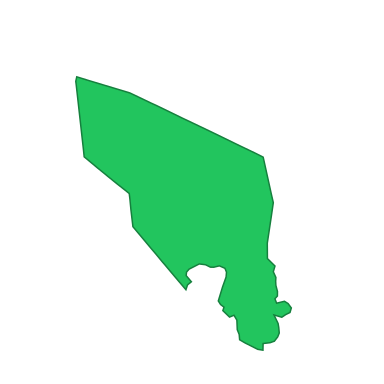 outline of Sanharó, Pernambuco, Brazil, rotated 134°
{"feature_id": "56859067B24709648892908", "entity_name": "Sanharó", "entity_type": "district", "adm_level": 2, "iso_a3": "BRA", "parent_name": "Brazil", "parent_adm1": "Pernambuco", "projection": "robinson", "projection_center": [-36.53, -8.368], "detail": "fine", "context": "isolated", "style": "filled", "palette": "green", "viewbox_px": 384, "rotation_deg": 134, "n_neighbors": 0, "source": "geoboundaries", "source_scale": "gbopen_adm2", "svg_char_len": 1189}
<svg xmlns="http://www.w3.org/2000/svg" viewBox="0 0 384 384"><g transform="rotate(134 192 192)"><path d="M187.5,91.5L176.5,102.3L154.6,117.9L143.2,126.1L137.8,134.4L134.2,139.8L117.5,165.0L120.0,173.1L125.0,188.1L127.4,195.4L135.6,220.6L145.8,251.0L154.6,278.0L156.6,283.6L163.9,305.5L183.6,343.8L189.2,354.9L193.1,352.5L195.2,349.9L237.2,299.2L241.6,294.0L240.3,276.2L239.8,270.6L239.2,263.0L238.2,251.5L237.2,241.8L236.7,236.1L240.1,231.9L247.2,223.6L258.0,210.4L261.0,182.3L261.7,175.0L262.9,164.5L263.2,161.0L264.2,151.6L265.4,139.8L266.5,128.5L261.9,130.7L257.0,130.1L256.2,138.1L253.4,140.3L249.5,140.5L238.7,136.8L234.9,131.7L233.3,126.6L231.0,124.1L226.1,121.0L224.0,115.3L225.7,111.5L229.5,108.4L239.0,104.1L252.1,97.4L253.1,93.3L252.6,89.0L255.9,87.4L255.9,78.1L251.5,76.2L253.0,70.7L259.6,63.8L261.7,59.1L265.2,55.1L263.7,48.9L259.5,35.4L256.5,31.1L251.6,35.6L246.1,31.1L242.1,29.1L236.7,29.7L232.8,31.3L229.1,35.6L226.8,38.7L223.5,47.6L219.7,40.4L215.0,39.4L210.6,37.8L206.4,40.0L205.5,45.4L206.4,49.6L213.2,53.9L211.2,58.2L207.5,58.3L204.2,61.4L200.9,66.8L198.1,69.8L195.2,72.3L192.9,78.1L187.6,80.9L187.5,91.5Z" fill="#22c55e" stroke="#15803d" stroke-width="1.5"/></g></svg>